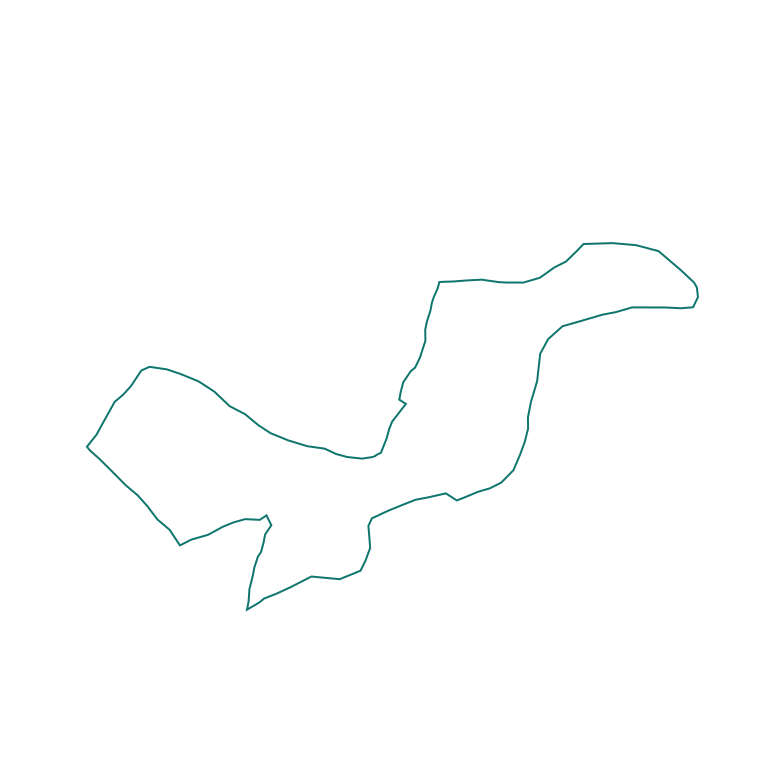 Esan Central, Edo, Nigeria (Natural Earth projection), rotated 214°
{"feature_id": "59680162B14396821090751", "entity_name": "Esan Central", "entity_type": "district", "adm_level": 2, "iso_a3": "NGA", "parent_name": "Nigeria", "parent_adm1": "Edo", "projection": "natural_earth1", "projection_center": [6.254, 6.706], "detail": "fine", "context": "isolated", "style": "outline", "palette": "teal", "viewbox_px": 768, "rotation_deg": 214, "n_neighbors": 0, "source": "geoboundaries", "source_scale": "gbopen_adm2", "svg_char_len": 2158}
<svg xmlns="http://www.w3.org/2000/svg" viewBox="0 0 768 768"><g transform="rotate(214 384 384)"><path d="M371.4,120.3L365.1,133.4L363.5,139.0L355.7,150.3L351.9,156.6L347.8,163.4L336.5,183.8L311.6,197.4L299.0,216.2L299.2,217.1L300.6,227.4L303.8,240.4L317.6,257.7L318.9,265.9L311.9,277.6L309.1,282.1L306.0,286.7L300.8,294.5L293.0,305.8L283.5,315.2L271.6,327.9L258.5,328.2L254.1,334.6L245.7,347.3L237.9,356.7L231.6,368.0L230.1,376.2L228.5,384.8L231.7,401.6L234.9,414.6L239.6,427.6L246.0,436.8L252.3,451.7L255.3,461.4L258.7,472.1L269.3,492.4L271.4,496.2L273.0,513.0L268.3,531.7L255.7,546.7L249.4,554.3L241.6,563.7L232.1,573.1L221.1,586.3L206.9,595.8L192.7,605.3L180.1,612.9L170.7,620.4L172.3,631.6L178.6,639.0L182.4,640.9L183.7,641.5L202.3,644.5L215.1,645.9L230.7,647.7L252.8,640.0L273.3,628.6L296.9,611.6L298.5,602.2L301.6,587.3L307.9,576.0L314.2,559.2L325.2,546.0L339.4,536.5L345.7,532.7L361.4,525.1L374.0,515.6L383.5,508.0L391.3,502.4L395.1,499.5L392.9,493.0L391.3,483.7L389.7,478.1L386.5,470.7L383.3,459.6L380.2,452.1L373.8,442.9L372.3,437.5L370.6,431.7L369.0,426.2L367.4,415.0L369.0,409.4L369.0,409.1L369.0,398.3L369.0,396.3L365.8,387.0L362.6,379.6L354.7,379.7L355.2,372.9L356.2,357.3L354.6,349.8L352.4,343.3L351.4,340.6L348.1,325.2L350.5,321.1L351.0,319.5L352.5,317.2L360.3,310.0L373.4,303.0L384.5,299.2L397.1,297.2L412.9,289.5L417.8,288.0L430.0,284.3L431.8,283.7L432.9,283.5L444.9,281.0L447.7,280.4L450.7,279.8L464.9,279.6L478.6,280.9L478.9,281.0L482.3,281.3L486.4,280.8L499.6,279.3L520.2,282.8L527.0,282.7L539.1,282.5L558.0,278.6L572.2,274.7L574.3,273.7L588.0,267.1L592.7,259.6L592.7,254.0L592.6,240.9L592.8,239.4L594.2,229.7L597.3,218.5L595.6,199.0L595.3,195.0L594.4,185.6L594.0,181.2L595.2,165.9L590.8,164.5L578.2,162.8L560.2,159.4L559.3,159.2L541.9,155.7L526.1,154.0L511.9,150.4L496.1,145.0L480.6,143.3L480.3,143.3L462.9,136.1L459.8,141.7L456.7,147.3L445.6,160.5L437.8,175.5L431.5,184.9L423.6,194.3L417.8,197.8L411.0,201.9L407.9,209.4L405.1,207.7L398.4,203.9L398.4,192.7L395.2,185.3L392.0,176.0L392.0,170.4L388.8,159.2L385.6,151.8L380.9,138.8L378.5,134.6L377.7,133.3L374.5,127.7L371.4,120.3Z" fill="none" stroke="#0f766e" stroke-width="2"/></g></svg>